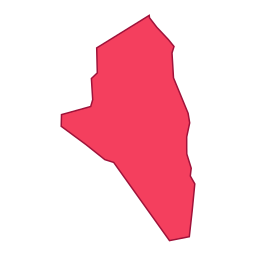 the district of Al Mahwit City, Al Mahwit, Yemen
{"feature_id": "15242507B54301624222868", "entity_name": "Al Mahwit City", "entity_type": "district", "adm_level": 2, "iso_a3": "YEM", "parent_name": "Yemen", "parent_adm1": "Al Mahwit", "projection": "orthographic", "projection_center": [43.552, 15.463], "detail": "fine", "context": "isolated", "style": "filled", "palette": "rose", "viewbox_px": 256, "rotation_deg": 0, "n_neighbors": 0, "source": "geoboundaries", "source_scale": "gbopen_adm2", "svg_char_len": 461}
<svg xmlns="http://www.w3.org/2000/svg" viewBox="0 0 256 256"><path d="M191.2,168.2L186.8,154.0L186.7,148.0L186.7,136.9L189.7,122.9L188.1,113.3L173.5,77.9L172.0,53.0L174.0,46.5L168.3,39.5L156.9,27.4L149.5,17.8L149.2,15.4L96.7,47.9L97.3,72.9L91.4,78.5L92.7,99.7L90.7,106.5L61.5,114.6L61.2,126.3L85.6,144.3L104.8,159.6L113.7,162.4L169.5,240.6L189.3,236.7L192.2,210.6L194.8,183.9L190.3,176.0L191.2,168.2Z" fill="#f43f5e" stroke="#9f1239" stroke-width="1.5"/></svg>